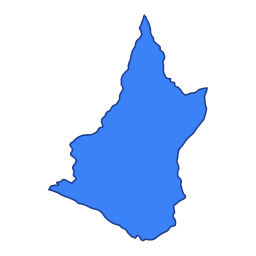 outline of Upper Jloh, Grand Kru, Liberia
{"feature_id": "62588387B65725534392235", "entity_name": "Upper Jloh", "entity_type": "district", "adm_level": 2, "iso_a3": "LBR", "parent_name": "Liberia", "parent_adm1": "Grand Kru", "projection": "albers", "projection_center": [-8.476, 4.828], "detail": "fine", "context": "isolated", "style": "filled", "palette": "blue", "viewbox_px": 256, "rotation_deg": 0, "n_neighbors": 0, "source": "geoboundaries", "source_scale": "gbopen_adm2", "svg_char_len": 3474}
<svg xmlns="http://www.w3.org/2000/svg" viewBox="0 0 256 256"><path d="M144.3,15.4L143.8,16.4L143.2,19.0L142.0,22.0L141.2,24.5L140.6,26.1L139.6,27.5L139.5,28.7L140.3,29.6L141.0,31.4L141.6,33.5L141.6,34.5L140.8,36.4L139.2,38.6L136.7,40.7L135.9,42.7L135.5,44.3L135.5,45.8L134.2,47.8L132.2,51.3L131.6,53.5L130.8,57.2L130.3,60.2L129.4,61.8L128.5,64.5L128.3,66.2L128.5,68.0L128.2,69.4L125.2,72.2L122.5,75.6L121.9,77.0L121.3,79.3L121.4,82.9L121.2,84.3L122.7,86.9L123.1,89.1L122.0,91.2L120.4,93.5L119.6,96.3L119.6,99.5L118.7,100.7L116.8,103.8L115.0,104.9L112.7,106.1L111.7,107.4L111.0,108.7L110.2,110.5L108.3,111.3L107.0,112.1L105.9,113.5L105.3,115.5L104.7,116.8L103.4,117.3L101.8,119.1L101.5,121.6L102.1,123.7L102.7,125.6L102.9,126.1L102.0,127.2L99.7,127.8L98.4,128.9L97.7,130.9L95.2,133.0L93.0,134.1L90.3,134.9L86.8,134.9L83.0,135.3L80.9,136.0L78.3,137.1L76.3,138.5L75.0,139.7L72.4,142.3L70.9,143.0L69.9,145.1L70.8,146.3L71.9,147.9L72.5,150.0L71.8,151.7L70.7,153.3L70.8,155.1L73.6,157.2L75.6,158.7L76.1,160.4L75.7,162.8L73.8,165.1L72.8,166.9L72.9,168.8L73.9,170.8L74.0,171.9L73.5,174.1L73.5,175.8L75.4,177.2L76.1,178.5L75.5,180.0L73.8,181.0L71.9,183.2L68.8,181.9L66.2,180.3L64.4,179.6L62.8,179.6L61.5,180.8L60.3,182.0L58.1,182.0L56.8,182.5L57.1,183.4L58.4,184.0L58.5,185.1L57.8,185.3L56.7,185.3L54.7,185.2L53.2,185.7L51.2,186.0L50.3,187.0L49.7,188.0L48.9,189.7L49.4,189.8L52.9,190.8L57.7,192.7L59.3,193.3L59.9,194.1L63.0,195.6L65.3,196.6L68.0,197.3L69.6,198.1L71.6,198.9L74.2,200.1L76.0,201.1L76.5,201.4L77.2,202.3L78.3,203.3L79.1,203.6L80.8,203.7L81.2,203.7L81.5,204.0L82.0,204.0L84.1,204.7L85.4,205.2L92.5,208.5L97.1,209.5L99.9,211.0L102.5,213.3L104.5,216.4L106.3,218.3L108.5,220.3L111.5,222.4L113.5,223.5L116.5,224.5L119.6,225.4L121.2,227.1L122.8,228.2L125.3,229.0L126.5,230.6L127.9,232.8L129.9,234.8L131.3,236.4L133.2,237.2L135.3,237.6L135.3,238.0L135.8,237.7L136.8,235.9L138.4,235.7L139.5,236.6L140.2,238.3L141.0,239.5L142.3,240.4L143.0,240.6L144.9,239.7L145.9,239.0L148.1,239.7L151.1,239.8L153.6,239.4L155.8,237.9L157.6,236.5L160.2,234.7L163.3,232.8L166.7,231.3L168.6,229.6L169.8,227.7L170.9,226.7L173.8,225.9L175.3,225.0L175.6,222.0L175.0,219.9L174.4,218.4L173.3,217.5L173.0,215.7L173.4,214.3L174.5,212.7L174.4,210.6L173.7,207.8L173.9,205.4L175.3,204.5L176.6,203.5L178.1,202.1L180.6,200.4L183.5,199.1L185.3,197.6L185.4,196.0L183.3,193.4L182.3,190.7L181.5,187.9L180.7,184.3L181.4,181.3L180.5,179.1L178.3,177.0L177.5,174.6L177.7,173.6L177.7,171.6L178.9,168.5L178.4,165.6L177.5,163.5L176.9,160.9L177.7,157.4L177.7,155.7L178.6,150.4L179.1,149.9L178.6,149.7L182.4,145.5L185.5,141.0L188.2,137.8L193.2,133.4L197.9,126.7L201.1,122.8L201.7,122.0L204.0,119.0L205.9,112.2L206.6,108.7L205.4,104.9L204.8,100.3L204.5,96.9L205.1,94.6L206.3,92.0L207.1,88.1L206.6,88.0L204.8,88.2L203.5,88.4L203.1,88.5L201.5,89.0L198.8,89.6L197.2,91.3L195.6,92.3L194.0,92.8L192.4,93.0L190.0,93.4L187.1,94.6L185.4,95.2L184.0,94.2L181.8,92.0L180.3,89.3L179.4,88.7L178.1,87.3L176.0,86.7L174.9,85.8L174.6,83.9L174.5,82.6L172.5,82.3L170.6,81.6L170.3,80.5L170.4,78.7L168.9,78.8L167.5,78.2L165.9,77.6L164.8,74.9L163.7,72.9L163.4,70.7L163.5,67.7L163.5,65.6L163.1,63.8L162.7,61.6L163.3,60.9L164.5,58.3L164.6,56.3L164.0,54.4L163.3,52.7L162.2,51.6L160.4,50.0L159.7,49.2L160.3,48.2L160.0,46.8L158.9,45.6L156.8,43.9L154.0,41.5L153.6,40.2L153.4,38.1L152.3,36.5L151.4,35.1L150.5,32.4L150.5,29.8L149.8,26.6L148.9,23.7L148.1,21.8L146.6,19.4L145.9,17.1L144.3,15.4Z" fill="#3b82f6" stroke="#1e3a8a" stroke-width="1.5"/></svg>